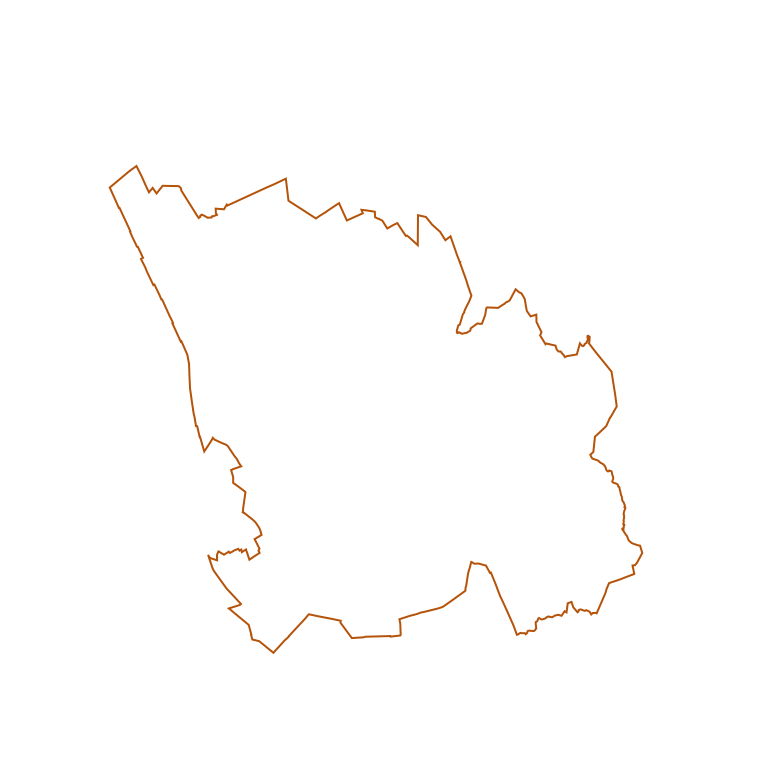 outline of Beļavas pag., Gulbene, Latvia, rotated 72°
{"feature_id": "27541924B57047213850381", "entity_name": "Beļavas pag.", "entity_type": "district", "adm_level": 2, "iso_a3": "LVA", "parent_name": "Latvia", "parent_adm1": "Gulbene", "projection": "robinson", "projection_center": [26.768, 57.248], "detail": "fine", "context": "isolated", "style": "outline", "palette": "amber", "viewbox_px": 768, "rotation_deg": 72, "n_neighbors": 0, "source": "geoboundaries", "source_scale": "gbopen_adm2", "svg_char_len": 6129}
<svg xmlns="http://www.w3.org/2000/svg" viewBox="0 0 768 768"><g transform="rotate(72 384 384)"><path d="M615.7,493.1L618.6,481.7L618.6,479.8L625.7,455.8L626.3,455.8L628.2,446.3L627.8,445.7L627.4,445.5L626.5,445.3L617.1,442.6L613.7,442.2L612.5,442.0L612.5,430.6L612.9,424.9L612.9,422.3L612.7,419.5L613.0,418.1L614.0,404.7L614.2,400.4L614.1,396.8L611.0,386.7L605.8,370.5L603.2,369.5L601.1,368.1L589.8,362.4L584.9,359.0L580.2,356.0L581.1,355.0L582.6,353.9L582.8,353.5L583.1,352.8L583.7,350.3L583.9,349.7L587.4,344.4L587.9,343.6L588.1,343.1L588.5,343.1L596.3,341.6L596.2,341.3L596.3,340.6L608.7,339.7L621.6,339.1L623.4,338.8L634.4,337.5L653.3,335.5L663.6,335.1L663.6,333.7L663.0,332.2L663.0,331.6L662.9,331.2L663.0,330.9L663.5,330.1L664.0,328.7L664.4,327.1L664.6,327.0L665.8,326.5L665.2,325.2L664.8,324.7L663.4,323.7L663.3,323.4L663.5,322.0L663.7,321.4L664.4,320.1L665.1,318.2L665.2,317.5L665.0,316.9L664.6,316.2L663.6,315.0L663.4,314.7L658.7,313.8L657.2,313.1L657.0,311.6L654.5,309.5L654.6,308.7L656.4,307.3L656.7,306.4L656.9,304.6L656.7,302.8L656.0,301.1L655.9,299.5L656.1,299.0L656.3,298.7L656.5,298.7L657.8,296.2L657.0,292.6L657.5,289.6L657.4,289.5L659.3,286.8L655.9,282.5L657.6,281.0L649.3,277.0L649.2,273.0L654.8,273.0L660.9,270.5L660.4,269.3L659.1,268.6L659.1,266.6L661.8,263.2L661.6,261.5L664.1,258.8L667.2,258.1L666.3,256.2L667.1,253.4L667.8,252.6L651.0,237.8L648.3,236.1L642.9,231.5L642.8,220.1L642.4,213.3L642.0,204.7L633.4,203.7L633.9,201.3L632.2,198.6L624.5,190.6L616.9,190.4L615.6,192.7L613.9,195.0L612.9,196.3L611.6,197.7L608.8,199.4L608.2,199.6L603.6,199.9L602.2,200.5L597.6,201.7L595.6,202.3L595.5,202.2L596.3,201.6L596.4,201.2L594.7,200.7L594.6,200.4L593.6,200.0L592.6,199.2L592.2,198.9L592.0,199.0L592.1,199.6L591.9,199.8L590.3,199.3L588.7,198.3L587.7,198.3L585.2,196.9L582.7,196.2L582.0,196.4L580.9,195.9L578.9,194.7L577.7,193.6L576.9,193.0L576.1,192.7L575.5,193.4L575.3,193.3L575.0,192.8L573.4,192.4L572.7,192.6L570.9,192.6L568.4,193.4L565.9,192.8L564.2,192.7L562.6,192.9L559.7,192.5L557.2,192.4L555.5,192.1L554.8,192.1L554.5,192.2L554.0,192.9L552.5,192.7L551.8,192.8L551.3,193.2L550.8,193.6L548.2,196.9L547.5,197.1L547.1,196.9L544.9,195.3L543.6,194.9L542.8,194.8L540.9,194.9L537.6,194.6L537.3,194.7L536.9,195.0L536.5,195.9L535.9,196.4L535.9,196.7L536.4,197.4L536.4,197.7L536.3,198.1L536.0,198.4L534.8,199.0L534.1,199.1L531.7,199.1L530.1,199.3L528.0,200.3L525.8,202.4L525.0,203.0L524.0,203.4L522.5,204.6L519.4,208.8L518.0,209.3L515.1,209.7L513.3,205.9L499.2,199.6L497.9,196.5L492.8,185.8L491.6,184.6L486.2,179.8L486.3,179.7L484.1,177.1L480.6,173.3L477.3,169.6L465.3,167.4L442.6,163.8L418.3,173.1L408.7,176.5L408.0,176.0L402.8,173.8L401.2,174.9L401.2,175.5L402.5,176.2L403.9,176.0L405.5,176.9L406.3,177.9L407.4,178.5L408.1,181.0L409.1,181.6L409.5,182.8L408.7,184.0L405.9,185.1L415.5,191.5L414.0,201.8L414.4,203.6L412.3,204.1L409.7,205.3L408.2,205.7L407.7,206.0L407.0,208.0L404.5,209.1L400.5,209.0L395.6,217.2L396.1,218.1L386.0,220.5L383.3,218.2L372.1,219.8L365.1,217.7L365.0,223.7L358.6,225.6L346.4,223.9L342.5,224.7L340.0,225.4L339.1,226.6L337.5,227.8L334.6,229.5L343.3,238.6L343.9,240.8L344.1,242.8L345.0,244.8L345.7,247.9L346.8,251.6L346.8,252.1L343.2,261.8L343.1,262.2L343.1,262.7L343.3,263.0L344.0,263.5L349.7,266.5L357.0,272.3L356.4,274.2L355.4,276.2L355.3,276.7L357.9,284.4L359.5,285.2L360.0,285.6L360.2,286.1L360.4,288.1L360.7,288.7L360.9,289.7L360.6,290.6L360.5,292.8L360.3,294.2L360.1,294.6L359.5,295.0L359.3,295.2L359.3,295.5L358.2,296.3L358.0,296.7L357.9,297.2L358.3,297.9L358.3,298.1L358.3,298.5L358.0,298.7L357.4,298.8L355.0,297.9L353.7,296.8L352.9,296.4L351.4,295.3L351.1,295.0L351.1,293.9L349.7,292.7L342.1,287.5L340.7,285.5L340.2,285.5L338.5,284.1L335.4,281.2L331.9,277.6L327.1,273.6L315.6,273.8L310.1,273.7L292.1,274.3L291.8,274.1L291.8,274.3L283.5,274.7L264.1,275.1L266.2,281.2L256.6,283.6L247.3,289.0L238.1,292.5L234.0,299.5L262.4,309.0L253.2,314.2L250.1,316.1L249.9,317.5L235.1,321.6L235.7,326.3L237.1,332.8L228.1,335.1L225.7,337.6L225.3,337.7L225.1,338.4L222.7,340.9L217.3,339.5L213.6,346.8L211.4,351.6L215.1,351.4L215.9,359.0L217.0,368.8L198.1,370.9L200.6,380.0L201.9,384.4L202.5,386.2L204.1,392.8L205.5,397.6L180.2,418.2L158.4,413.9L160.2,427.9L160.9,435.4L165.9,477.8L164.8,478.1L168.4,482.2L165.2,489.9L169.6,491.1L171.5,490.6L171.7,494.6L171.3,495.6L172.3,496.5L172.3,497.2L171.9,497.9L171.5,500.2L168.1,503.3L166.6,505.1L167.2,506.8L168.2,507.0L168.9,508.9L166.7,509.6L137.3,517.0L135.1,516.6L132.4,518.0L127.1,533.3L132.5,541.4L126.0,543.4L129.1,548.3L122.3,549.2L111.6,550.3L100.2,552.1L102.1,558.0L103.2,561.2L112.4,584.1L134.7,581.7L134.7,581.1L160.4,578.0L160.6,578.5L166.7,577.9L171.7,577.2L177.1,576.5L177.5,575.7L189.5,574.2L190.0,576.5L199.5,575.0L203.4,574.8L218.7,572.8L218.5,571.6L230.4,570.0L234.8,569.6L235.0,568.9L252.9,566.9L257.8,566.1L260.9,565.8L261.0,566.5L280.9,564.2L280.7,563.5L285.0,563.0L295.3,562.0L304.7,563.2L316.1,566.5L328.1,569.8L342.1,572.3L353.6,574.2L356.8,574.4L365.9,575.8L366.4,574.7L377.4,575.7L377.4,575.3L392.6,575.8L386.3,567.8L383.9,565.0L382.3,563.4L384.4,562.5L389.8,556.7L393.1,552.8L394.6,551.8L405.9,548.6L409.6,547.2L414.7,546.3L418.2,545.2L418.3,553.5L418.6,556.0L425.9,556.2L431.4,558.0L437.0,553.9L443.8,549.2L444.7,549.5L457.1,555.6L462.4,558.0L463.4,557.1L463.1,557.0L472.6,550.7L475.1,549.3L476.6,548.7L480.9,547.5L482.8,547.1L484.7,546.9L489.7,547.1L491.5,555.0L502.2,553.3L503.7,554.9L506.2,554.5L507.8,560.5L509.5,566.3L498.7,566.4L500.0,571.1L497.3,570.9L497.8,572.9L495.7,573.6L495.9,576.3L496.1,578.3L496.3,579.2L496.7,580.5L497.0,582.6L497.0,582.9L496.7,583.1L495.5,583.4L496.9,588.9L495.4,590.1L494.8,590.9L492.5,592.6L492.1,593.3L495.0,595.7L500.1,597.2L496.1,602.7L494.9,603.5L492.9,604.0L492.1,604.1L505.8,604.0L507.9,603.8L510.0,603.3L529.7,597.0L549.0,588.0L549.4,588.4L549.6,590.9L549.5,600.9L571.3,587.1L581.4,587.6L581.5,587.9L586.3,588.2L590.0,582.2L605.5,572.2L603.8,569.4L596.9,557.2L595.8,554.5L594.7,552.6L594.6,552.4L594.4,552.4L582.5,531.0L581.2,529.1L579.8,526.6L584.6,518.3L590.7,507.2L595.8,498.3L596.8,498.9L597.5,499.1L598.0,499.0L615.7,493.1Z" fill="none" stroke="#b45309" stroke-width="2"/></g></svg>